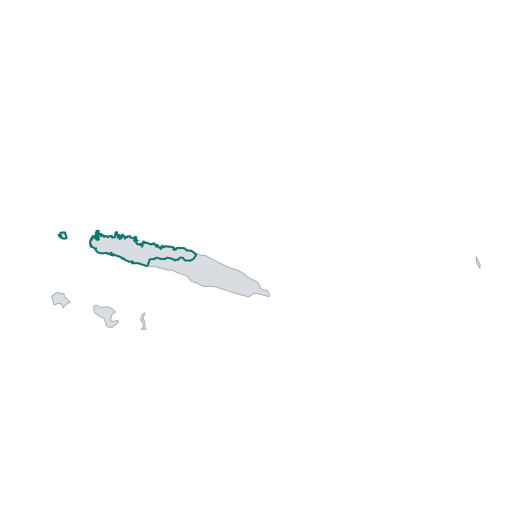 Sud on a map of New Caledonia (orthographic projection), rotated 159°
{"feature_id": "NCL-1259", "entity_name": "Sud", "entity_type": "Province", "adm_level": 1, "iso_a3": "NCL", "parent_name": "New Caledonia", "parent_adm1": "", "projection": "orthographic", "projection_center": [166.304, -21.993], "detail": "fine", "context": "in_parent", "style": "outline", "palette": "teal", "viewbox_px": 512, "rotation_deg": 159, "n_neighbors": 0, "source": "natural_earth", "source_scale": "10m", "svg_char_len": 7177}
<svg xmlns="http://www.w3.org/2000/svg" viewBox="0 0 512 512"><g transform="rotate(159 256 256)"><path d="M265.6,218.7L271.3,222.0L277.3,220.5L285.0,225.7L304.5,241.5L311.3,244.9L315.3,246.1L318.4,248.7L321.1,252.4L324.8,255.0L326.4,257.4L326.8,260.7L328.2,262.7L334.9,268.0L339.0,272.6L344.5,275.0L347.0,277.7L350.1,279.1L353.3,281.9L358.6,284.1L370.9,292.3L380.3,300.1L384.9,304.9L390.0,309.2L396.4,312.6L402.5,316.6L405.5,325.7L403.8,329.0L400.3,330.6L397.1,330.7L394.1,331.8L384.1,325.9L381.7,325.0L379.0,325.4L377.5,324.0L376.4,322.2L370.3,320.0L364.6,316.4L362.9,314.1L362.0,311.1L360.6,309.4L352.5,306.8L347.1,303.9L343.1,299.8L337.0,297.0L327.4,291.2L322.4,289.4L318.1,286.5L306.5,276.0L302.4,274.1L298.8,269.4L288.7,258.3L283.9,253.7L278.6,249.7L274.5,245.0L271.4,239.3L264.1,231.3L263.2,227.8L263.4,224.2L261.7,221.9L258.7,220.6L257.3,218.2L257.4,214.9L258.4,213.3L265.6,218.7ZM425.5,267.0L422.8,267.5L419.2,263.6L412.2,261.6L409.2,258.2L407.2,254.2L411.2,253.3L415.1,247.9L412.5,245.9L407.9,245.5L408.4,243.4L415.9,241.0L419.1,242.4L420.5,244.2L420.3,252.6L423.6,255.4L427.0,261.4L427.0,263.1L425.5,267.0ZM455.7,281.7L458.1,282.7L462.1,282.6L461.1,291.7L455.4,293.1L453.4,293.0L452.2,291.1L448.9,289.8L449.1,286.6L446.0,279.6L451.5,278.6L454.7,276.8L454.5,278.5L454.9,280.5L455.7,281.7ZM383.0,242.2L380.4,242.7L383.6,237.8L383.7,234.8L385.0,228.9L384.8,227.0L386.9,227.2L389.2,228.9L386.6,230.4L385.7,232.9L385.8,236.1L386.8,236.7L385.1,240.2L383.0,242.2ZM432.0,345.2L430.5,347.2L428.5,346.8L427.1,346.0L426.0,344.9L427.1,340.8L431.3,342.9L432.0,345.2ZM51.4,174.8L50.6,176.0L49.9,167.5L51.4,164.3L52.4,170.8L51.4,174.8Z" fill="#d9dde1" stroke="#a8b0b8" stroke-width="1"/><path d="M359.9,286.3L360.6,285.9L361.6,285.9L362.4,286.4L365.0,288.7L365.3,288.9L365.9,289.0L366.2,289.2L366.7,290.2L368.4,291.3L370.2,292.2L374.2,293.5L374.2,293.8L372.8,293.8L372.8,294.2L373.1,294.4L373.3,294.7L373.3,295.0L373.5,295.3L373.8,295.4L374.5,295.5L376.2,296.0L376.9,296.3L377.5,297.3L379.4,298.8L379.6,299.2L379.8,300.1L380.1,300.6L380.4,300.8L381.3,301.2L380.9,301.5L382.0,302.5L384.2,305.0L385.2,305.5L386.1,306.2L387.4,307.6L388.6,308.5L389.1,307.7L390.8,308.9L391.4,309.2L391.4,309.6L391.1,309.8L390.7,310.0L390.2,310.2L389.8,310.3L389.8,310.7L390.2,310.9L391.6,310.7L392.3,310.8L392.8,311.1L393.2,311.2L393.5,311.0L393.8,312.0L394.4,312.5L395.2,312.7L396.2,312.9L399.1,313.6L399.8,314.0L402.3,316.0L402.8,316.7L403.3,317.7L403.4,318.1L403.3,319.5L403.1,319.8L402.8,320.2L402.7,320.5L403.5,320.6L403.9,320.8L404.3,321.4L405.0,322.5L406.7,323.9L407.0,324.5L406.9,324.9L406.6,325.0L406.2,325.0L406.0,325.4L406.1,325.7L406.4,326.1L406.6,326.5L406.5,327.0L406.3,327.4L405.9,328.7L405.6,329.4L405.3,329.7L404.9,330.1L404.8,329.9L404.7,329.7L404.4,329.8L404.2,330.0L403.6,330.3L403.3,330.5L403.4,330.8L403.6,331.2L402.0,332.5L401.1,332.9L399.9,332.7L400.9,332.3L401.3,332.0L401.6,331.6L400.8,331.6L400.5,331.7L400.1,331.2L399.8,330.5L399.4,329.8L399.2,329.6L399.1,328.9L398.7,329.3L398.4,330.1L398.4,330.5L397.9,330.2L397.7,329.7L397.5,329.1L397.2,328.6L397.4,328.6L397.8,328.3L397.4,327.6L396.9,327.8L396.6,328.5L396.4,330.0L396.3,330.3L396.3,330.6L396.5,331.2L396.6,331.3L397.5,331.9L397.0,332.1L396.3,331.9L395.7,331.8L395.5,331.7L395.3,332.0L395.0,332.3L394.6,332.6L394.3,332.7L393.0,332.4L392.4,331.7L392.4,331.0L393.4,330.4L393.4,330.1L392.5,330.2L391.4,330.1L390.7,329.6L391.1,328.6L390.7,328.3L390.0,328.5L388.8,328.1L387.8,327.3L387.4,326.6L387.1,326.5L386.0,327.0L385.5,327.1L385.1,327.0L383.9,326.5L383.4,326.2L383.3,325.7L383.6,325.4L383.8,325.1L383.3,324.5L382.8,324.4L381.4,324.2L380.9,324.2L380.3,325.0L380.0,326.2L379.5,327.0L378.5,326.8L378.5,327.0L378.4,327.1L378.2,327.1L378.6,328.1L378.1,328.4L377.4,328.1L377.3,327.7L377.5,327.2L377.6,325.8L377.9,325.3L377.9,324.9L377.2,325.0L376.5,324.8L376.0,324.4L375.5,323.8L377.1,323.9L377.8,323.7L378.2,323.1L377.3,323.1L377.0,322.6L377.2,320.9L376.7,320.9L375.6,320.7L375.2,320.9L375.0,321.2L374.8,322.2L374.7,322.4L374.0,322.5L373.8,322.7L373.7,323.1L373.3,323.6L372.9,323.8L372.6,323.5L372.7,322.9L373.2,322.4L372.6,322.1L371.4,320.9L371.4,320.6L371.8,320.4L371.9,320.2L372.0,319.9L372.1,319.4L371.8,319.4L371.3,319.9L370.0,319.7L370.1,320.2L369.1,320.5L368.3,320.2L367.5,319.8L366.7,319.8L366.6,318.8L366.2,318.0L365.5,317.4L364.8,317.2L364.2,316.9L363.6,316.3L363.0,316.2L362.3,317.2L361.7,316.9L361.2,316.5L361.5,316.2L361.6,315.6L361.6,315.0L361.9,315.0L362.3,315.5L362.9,315.7L363.3,315.5L363.3,314.7L363.0,314.2L362.0,313.7L361.6,313.2L362.9,313.2L363.5,313.3L364.0,313.6L363.9,313.0L363.7,312.7L363.3,312.5L362.8,312.5L362.5,312.1L362.6,311.4L362.8,310.8L362.9,310.6L362.5,309.5L361.9,309.0L360.2,308.4L359.6,308.8L359.3,308.6L359.4,308.2L359.9,307.7L359.4,307.4L359.0,307.0L358.8,306.5L358.9,305.9L358.1,306.4L357.8,306.9L357.8,308.2L357.6,308.6L357.1,308.6L356.5,308.5L356.2,308.4L356.3,308.7L356.3,309.3L356.0,309.8L355.3,309.4L354.6,308.4L354.1,307.9L352.6,307.3L351.6,305.6L350.9,305.2L350.5,305.1L350.1,304.8L349.5,304.3L349.2,304.1L348.7,304.4L348.4,304.5L346.9,304.5L346.4,304.2L346.3,303.4L347.4,303.8L347.0,303.3L345.6,301.9L345.6,301.5L345.8,301.0L345.9,300.6L345.5,300.4L344.9,300.6L344.7,300.9L344.8,301.4L344.9,301.9L344.1,301.6L343.9,301.0L344.0,300.2L343.9,299.4L343.5,298.8L342.9,298.4L342.6,297.8L342.5,296.8L342.2,296.8L341.8,297.6L341.3,298.3L340.6,298.8L339.8,299.0L339.9,297.9L339.8,297.3L339.4,297.1L338.5,297.2L338.4,297.3L338.5,297.5L338.4,297.8L338.1,297.9L337.8,297.9L331.2,294.6L329.7,293.2L330.3,292.1L330.3,291.7L329.6,292.0L329.1,291.8L329.2,291.5L329.9,291.3L329.1,290.7L328.3,290.9L327.5,291.4L326.7,291.7L325.8,291.5L320.6,289.2L319.9,288.7L319.5,288.0L319.0,286.3L318.9,286.0L317.9,285.9L317.3,285.5L315.9,284.5L315.5,284.4L315.1,284.4L314.7,284.3L314.6,283.9L313.9,283.2L313.7,283.0L311.8,279.7L311.7,279.2L311.9,279.0L311.9,278.7L311.6,278.4L311.8,278.1L312.8,277.4L313.6,277.1L314.8,276.0L316.1,275.5L319.0,275.3L320.0,275.5L320.5,276.0L322.1,276.5L323.1,276.9L324.1,277.6L324.2,278.2L324.9,280.5L327.1,281.6L327.5,281.6L328.0,281.6L328.3,281.4L329.5,280.6L330.1,280.4L330.5,280.4L330.8,280.7L331.1,281.0L331.5,281.2L331.9,281.2L332.9,280.9L333.3,280.9L333.6,281.1L333.8,281.3L334.2,282.4L334.4,282.7L334.7,283.0L335.9,283.7L336.3,284.0L337.3,285.0L338.5,285.5L339.3,286.2L340.7,286.2L341.6,285.7L343.4,286.5L344.5,286.6L346.1,287.5L346.8,288.1L347.3,288.6L348.1,288.9L348.8,289.7L349.4,290.1L350.4,290.1L351.1,289.8L351.9,289.6L352.5,289.5L353.2,290.0L353.9,290.3L354.8,290.6L356.5,290.7L357.2,290.4L357.6,289.3L358.1,288.6L358.7,288.1L359.5,287.5L359.9,286.3ZM430.9,342.3L431.4,343.3L432.1,343.9L432.5,344.6L432.6,346.0L432.0,345.6L431.4,344.3L430.9,344.2L430.6,344.6L430.7,345.3L430.9,346.6L430.2,347.7L428.6,347.5L425.8,346.3L426.1,345.0L426.1,341.9L426.5,340.8L427.4,340.6L428.7,340.9L430.0,341.6L430.9,342.3ZM395.5,333.0L396.1,332.8L396.6,332.9L397.1,333.2L397.5,333.8L397.5,334.4L397.4,334.8L397.1,334.8L396.8,334.5L396.4,334.8L396.1,334.9L395.5,335.2L395.5,335.5L396.4,335.7L396.3,336.1L395.8,336.4L395.5,336.5L395.1,336.3L394.4,336.2L393.9,335.8L394.3,335.0L394.6,334.4L394.7,333.9L394.9,333.4L395.5,333.0Z" fill="none" stroke="#0f766e" stroke-width="2"/></g></svg>